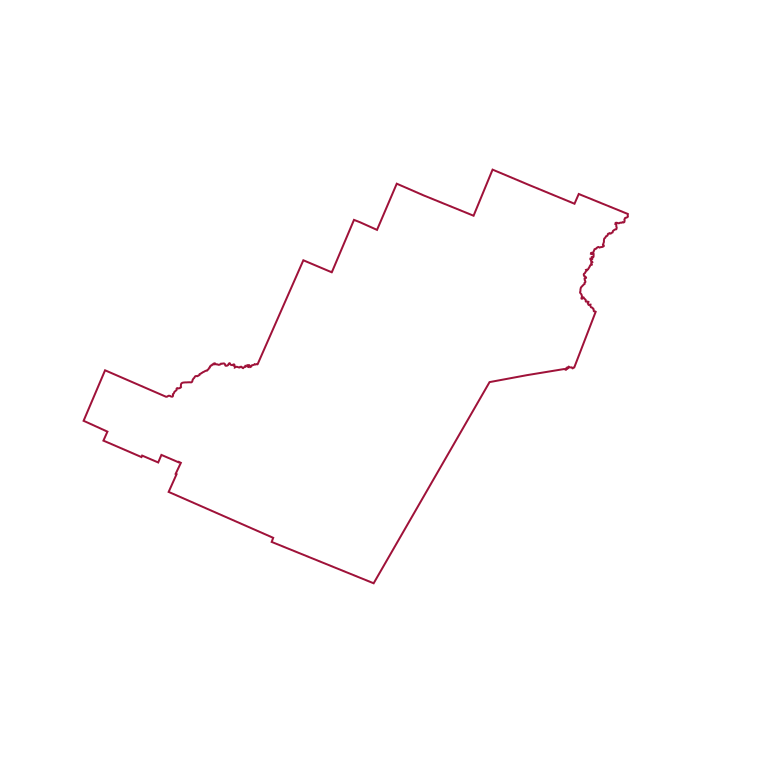 Coronel Suárez, Buenos Aires, Argentina, rotated 247°
{"feature_id": "61730980B58975143566446", "entity_name": "Coronel Suárez", "entity_type": "district", "adm_level": 2, "iso_a3": "ARG", "parent_name": "Argentina", "parent_adm1": "Buenos Aires", "projection": "orthographic", "projection_center": [-61.824, -37.54], "detail": "fine", "context": "isolated", "style": "outline", "palette": "rose", "viewbox_px": 768, "rotation_deg": 247, "n_neighbors": 0, "source": "geoboundaries", "source_scale": "gbopen_adm2", "svg_char_len": 6033}
<svg xmlns="http://www.w3.org/2000/svg" viewBox="0 0 768 768"><g transform="rotate(247 384 384)"><path d="M505.6,132.6L467.5,93.1L448.2,110.8L441.5,103.6L411.5,132.2L412.6,133.4L400.0,145.5L405.7,151.4L392.2,164.3L392.5,164.7L390.8,166.2L382.7,157.1L382.0,157.8L368.8,143.6L285.7,221.9L282.5,218.9L204.6,296.6L344.5,481.9L336.3,519.0L327.4,555.6L327.2,556.0L326.2,556.7L326.0,557.1L326.1,557.3L326.9,557.2L327.1,557.3L327.2,557.7L327.0,557.8L326.3,558.0L326.3,558.4L326.4,558.6L327.3,558.7L327.5,558.9L327.6,559.1L327.4,559.2L326.8,559.4L326.6,559.5L326.6,559.8L326.8,560.3L327.5,560.5L327.7,560.9L326.8,561.5L326.2,562.5L326.0,563.2L325.4,563.5L325.1,563.5L324.8,563.6L324.7,564.1L325.1,564.8L325.1,565.0L324.9,565.6L367.8,607.1L368.0,607.0L368.2,606.8L368.9,605.7L369.1,605.6L370.9,606.1L371.5,606.1L371.7,605.8L372.0,605.7L372.4,605.7L372.8,605.6L373.0,605.4L373.8,604.5L374.0,604.5L375.6,604.5L376.4,605.1L376.6,604.8L376.7,603.5L376.8,603.3L377.0,603.2L378.6,603.1L378.8,603.3L379.4,604.1L379.7,604.3L379.9,604.1L380.6,603.1L380.8,602.2L381.3,602.0L382.3,602.4L382.7,602.5L384.5,601.7L384.8,601.6L385.5,601.6L385.8,601.5L385.9,601.3L385.9,601.1L385.2,600.1L385.1,599.8L385.1,599.6L385.4,599.2L385.7,599.2L386.1,599.5L386.8,600.1L387.0,600.4L388.5,600.7L389.7,600.7L391.3,600.2L391.7,600.3L392.0,600.4L392.6,601.0L393.0,601.2L394.3,601.8L395.8,602.9L396.0,603.3L396.2,603.6L396.7,604.8L397.6,606.9L397.7,607.7L398.4,608.1L398.8,608.2L399.1,609.1L399.3,609.3L400.6,609.5L401.3,609.4L401.6,609.5L402.1,609.8L402.4,609.7L402.6,609.8L402.6,610.4L402.8,611.5L403.0,611.6L403.3,611.6L403.8,611.2L404.3,611.2L404.6,610.6L405.0,610.5L406.4,610.5L406.9,610.8L407.2,611.0L407.6,612.3L407.8,612.6L408.2,613.0L408.3,613.3L408.6,613.6L409.0,614.0L409.2,614.3L409.1,614.6L409.2,615.0L409.5,615.0L410.1,614.8L410.1,615.1L409.7,615.6L409.7,615.8L409.8,616.7L410.5,617.4L410.7,617.8L410.9,618.2L411.7,619.1L411.8,619.4L412.2,619.6L412.8,620.5L412.8,621.0L412.5,621.7L412.7,622.0L413.1,622.0L413.5,621.8L414.3,621.9L414.7,623.4L415.0,623.4L415.2,623.1L415.6,622.8L416.0,622.7L416.2,623.0L416.6,622.9L418.4,622.7L418.7,622.9L418.6,623.1L418.5,623.4L417.7,624.0L417.6,624.3L417.6,624.5L417.8,624.7L418.7,624.5L419.6,624.7L419.7,625.0L419.4,625.9L419.1,626.3L419.3,626.6L421.8,627.8L422.1,627.8L422.4,627.4L422.3,626.5L422.6,625.6L423.0,625.3L423.7,625.8L423.7,626.3L423.5,626.7L423.3,627.6L423.6,628.3L425.8,630.5L425.7,631.0L425.8,631.8L425.7,632.3L425.9,632.7L426.2,633.0L426.4,634.1L426.4,634.6L426.3,635.0L425.4,635.7L425.3,636.9L425.0,637.9L424.9,638.4L424.9,639.7L425.1,640.2L425.5,640.4L425.9,640.4L426.5,639.9L426.8,640.0L427.0,640.3L428.9,642.0L430.0,642.4L431.3,643.2L431.6,643.4L431.9,643.8L432.2,644.8L432.4,645.2L433.1,645.8L433.2,646.2L433.2,647.2L433.3,647.6L433.6,648.0L434.5,648.6L434.7,649.0L434.4,649.7L434.8,650.4L434.7,650.6L434.1,651.1L433.9,651.4L433.9,651.7L434.1,652.0L434.2,652.4L434.2,653.6L435.4,654.6L435.6,655.2L435.9,656.5L435.9,657.7L435.7,658.0L435.7,658.3L436.5,659.0L437.3,659.4L437.8,659.4L438.3,659.4L439.9,660.1L440.3,660.0L440.6,659.8L440.8,659.5L441.7,660.0L441.8,660.4L441.7,660.8L441.0,661.9L440.4,662.6L440.2,663.0L440.1,663.4L440.2,664.0L440.2,664.5L439.7,665.5L439.6,665.9L439.8,666.7L439.7,667.0L439.2,667.3L439.1,667.6L439.1,668.2L439.2,668.5L439.7,668.9L440.0,669.0L440.3,669.3L441.6,669.6L442.0,670.2L442.6,670.9L442.5,671.9L442.4,672.5L442.6,673.6L442.8,673.9L443.9,674.2L445.2,674.9L482.8,637.5L475.5,629.8L510.2,595.6L538.9,567.7L503.9,532.2L542.1,494.2L563.4,474.0L528.6,437.8L542.4,425.0L546.8,420.5L507.4,379.8L507.7,379.5L507.5,379.3L529.4,358.1L451.6,275.4L451.6,275.0L452.1,274.5L452.1,274.3L452.2,273.2L452.3,273.1L452.8,272.7L452.5,271.9L452.6,271.1L452.6,270.9L452.8,269.9L452.7,269.2L452.4,268.9L452.0,268.7L451.9,267.8L452.7,267.6L452.8,267.5L453.9,267.3L454.2,267.1L454.3,266.4L454.5,266.0L454.4,266.0L454.0,266.1L453.7,265.9L452.9,266.2L452.5,266.0L452.7,265.7L453.5,265.3L454.0,264.6L454.2,264.1L454.7,263.8L454.9,263.5L454.6,263.1L454.0,262.8L454.1,261.9L453.9,260.7L453.7,260.5L453.8,260.3L454.1,260.2L454.6,260.1L455.0,259.5L455.6,259.4L456.0,258.3L455.9,258.0L455.7,257.9L455.6,257.6L455.8,257.1L456.0,256.9L456.2,256.6L457.2,255.5L457.5,254.9L457.5,254.5L457.7,254.3L457.5,253.6L457.5,253.2L457.9,253.4L458.2,253.6L459.0,253.1L459.4,253.1L459.7,253.7L460.0,253.8L460.5,253.7L460.8,253.2L460.8,252.5L460.6,251.9L460.8,251.4L461.2,250.9L461.4,250.6L461.8,250.4L462.3,250.2L463.2,250.2L463.5,249.9L463.4,249.2L463.2,249.1L463.1,248.8L462.6,248.3L462.4,248.0L462.4,247.5L462.2,247.2L462.3,246.3L462.7,245.4L463.0,245.2L463.6,245.2L464.1,245.4L464.5,245.3L464.8,245.0L465.4,244.8L465.8,243.8L465.8,243.4L466.2,242.4L466.3,242.1L466.1,242.0L466.1,241.7L466.2,241.4L466.0,240.7L466.2,240.0L466.1,239.7L466.3,239.2L466.9,238.5L467.4,238.0L467.6,237.7L467.6,237.2L468.2,236.5L468.9,236.5L469.1,236.4L469.2,236.1L468.9,236.0L468.7,235.8L468.5,235.4L468.7,235.2L469.0,235.1L469.2,234.8L468.8,234.2L469.0,233.9L469.0,233.6L468.9,233.4L468.6,233.1L468.5,232.7L468.7,232.3L468.4,231.8L468.3,231.1L468.1,230.6L467.9,230.4L467.3,230.2L467.1,229.8L467.0,229.2L466.8,228.8L466.1,228.1L465.9,227.1L465.6,226.6L465.7,226.3L465.5,226.1L465.8,225.1L465.8,224.4L465.6,222.8L465.6,221.7L465.4,221.1L465.4,220.5L465.2,219.8L465.1,218.3L465.0,218.0L464.6,217.9L464.4,217.7L464.4,217.2L464.2,216.6L464.3,216.0L464.1,215.5L464.2,215.0L464.5,214.7L464.8,214.1L464.8,213.1L464.5,212.6L464.0,212.0L463.7,211.5L463.5,210.8L462.6,209.5L461.4,208.6L461.0,208.1L460.8,207.4L461.0,206.8L461.7,205.4L462.4,203.5L463.3,201.2L463.5,200.5L463.7,200.0L463.9,198.8L463.8,198.3L463.7,197.8L463.3,197.3L462.7,196.8L461.5,196.2L461.1,196.0L460.5,196.0L460.1,195.2L460.1,193.8L460.2,193.2L461.0,192.1L460.9,191.5L460.7,191.2L459.7,190.9L459.3,190.1L458.7,188.1L458.2,187.6L457.4,186.7L457.1,185.7L456.6,185.5L456.0,185.4L455.3,184.9L455.1,184.5L455.1,184.0L455.6,183.2L455.9,182.9L456.6,182.4L457.1,181.7L457.3,181.2L457.3,180.6L457.1,179.5L457.4,178.4L505.6,132.6Z" fill="none" stroke="#9f1239" stroke-width="2"/></g></svg>